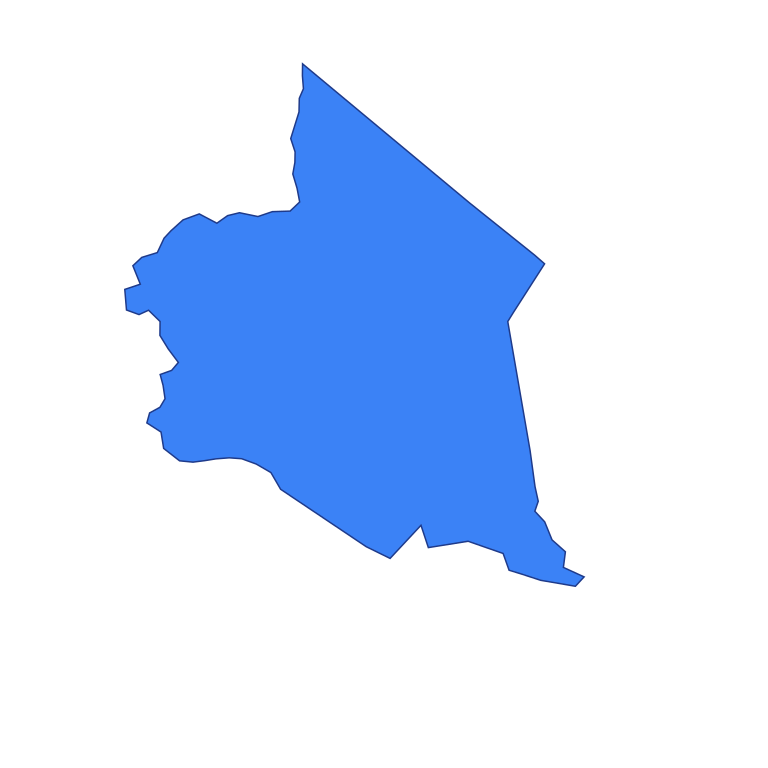 outline of Peritiba, Santa Catarina, Brazil, rotated 313°
{"feature_id": "56859067B55154710443885", "entity_name": "Peritiba", "entity_type": "district", "adm_level": 2, "iso_a3": "BRA", "parent_name": "Brazil", "parent_adm1": "Santa Catarina", "projection": "equal_earth", "projection_center": [-51.887, -27.362], "detail": "fine", "context": "isolated", "style": "filled", "palette": "blue", "viewbox_px": 768, "rotation_deg": 313, "n_neighbors": 0, "source": "geoboundaries", "source_scale": "gbopen_adm2", "svg_char_len": 1107}
<svg xmlns="http://www.w3.org/2000/svg" viewBox="0 0 768 768"><g transform="rotate(313 384 384)"><path d="M366.6,661.9L379.4,661.9L372.2,640.3L385.0,631.1L384.6,613.2L392.8,595.5L393.8,581.1L403.4,576.8L411.9,564.5L434.9,536.3L514.1,431.9L525.3,429.7L581.4,419.5L581.0,406.4L574.8,323.4L562.6,106.1L553.8,114.1L545.0,123.7L535.2,127.2L525.0,136.3L511.1,143.0L499.9,148.4L493.1,160.7L485.3,167.7L475.4,174.1L467.8,187.0L459.6,198.2L446.4,197.4L433.9,184.8L420.5,177.6L410.7,161.5L400.5,154.8L387.6,152.1L382.4,132.9L367.0,125.1L350.9,123.7L340.7,123.7L325.5,128.6L311.4,120.5L299.2,119.7L290.8,137.7L276.4,129.9L262.5,145.2L267.7,157.5L277.4,161.5L277.0,177.6L266.7,187.0L262.5,202.3L259.5,218.9L249.1,219.4L238.3,213.8L232.3,223.4L223.9,233.9L214.2,236.0L203.0,232.3L193.8,237.1L196.8,253.7L186.6,266.8L188.4,286.9L196.6,297.6L205.6,305.1L214.6,312.1L224.5,321.2L232.3,330.9L238.3,345.1L242.1,361.7L236.5,380.2L252.9,482.0L260.6,507.4L288.8,507.4L305.9,507.4L294.6,528.0L326.3,552.7L341.3,586.7L333.1,602.5L338.7,614.0L347.3,632.5L366.6,661.9Z" fill="#3b82f6" stroke="#1e3a8a" stroke-width="1.5"/></g></svg>